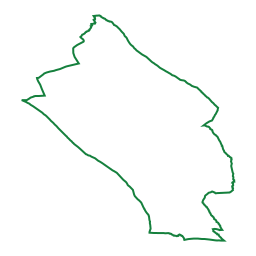 outline of Hof nor, Vestfold, Norway
{"feature_id": "86288312B12801335052403", "entity_name": "Hof nor", "entity_type": "district", "adm_level": 2, "iso_a3": "NOR", "parent_name": "Norway", "parent_adm1": "Vestfold", "projection": "equal_earth", "projection_center": [10.058, 59.556], "detail": "fine", "context": "isolated", "style": "outline", "palette": "green", "viewbox_px": 256, "rotation_deg": 0, "n_neighbors": 0, "source": "geoboundaries", "source_scale": "gbopen_adm2", "svg_char_len": 5725}
<svg xmlns="http://www.w3.org/2000/svg" viewBox="0 0 256 256"><path d="M149.5,232.7L153.9,233.0L164.0,233.1L165.2,233.3L168.2,233.1L168.8,233.1L169.4,233.6L170.0,233.5L170.3,233.8L171.3,233.9L171.7,234.5L172.7,234.8L173.5,235.6L174.5,235.5L174.9,235.8L176.0,235.8L176.9,236.2L177.5,235.9L178.4,235.9L178.5,235.7L178.3,235.3L178.7,235.1L178.9,234.8L179.5,234.5L180.9,235.1L181.4,235.9L182.3,235.9L183.8,238.0L184.1,238.7L184.2,239.7L184.3,239.9L187.7,239.2L189.0,239.0L193.7,238.6L197.9,238.6L201.9,239.0L204.5,239.0L209.2,239.5L215.0,240.3L217.0,240.5L218.8,240.4L221.2,240.6L224.0,240.6L221.6,238.6L221.3,238.3L221.2,237.9L219.3,236.2L218.8,235.3L218.6,235.1L218.6,234.7L218.2,234.7L217.8,234.4L217.5,234.4L217.4,234.1L217.1,234.1L217.0,233.6L216.3,233.4L215.1,232.5L214.6,231.9L214.2,231.8L213.3,231.2L213.4,230.2L212.9,229.2L214.6,228.9L216.4,229.1L219.2,229.8L219.4,230.1L222.2,229.9L221.9,229.5L221.7,229.4L221.3,228.5L220.7,227.6L220.2,226.4L220.3,226.0L220.2,225.8L220.0,225.6L219.6,225.3L219.5,224.7L219.1,224.1L218.6,223.9L218.4,223.1L218.2,222.8L216.5,221.9L216.6,221.5L216.5,221.2L216.3,221.0L215.8,220.0L214.2,219.1L214.2,218.5L213.9,218.2L213.7,217.4L212.4,216.3L212.3,215.9L211.9,215.8L211.2,215.2L210.9,214.7L210.8,214.1L210.4,213.6L210.3,213.1L209.6,212.5L209.4,211.3L209.1,211.2L208.6,210.2L208.6,209.8L207.3,208.0L206.9,207.1L206.1,206.8L205.8,206.2L205.2,205.7L204.5,204.8L204.2,204.7L203.6,203.9L203.5,203.4L202.5,202.6L202.5,201.9L203.2,200.0L204.8,197.6L205.0,196.1L205.4,195.5L207.6,193.8L208.6,192.8L210.7,192.3L212.1,191.5L212.9,191.9L213.3,191.9L213.9,192.3L214.6,192.4L214.9,192.8L215.6,193.3L217.3,193.1L229.7,192.5L230.3,192.0L230.7,191.9L232.9,190.1L232.7,189.7L232.9,188.9L232.7,188.6L233.0,188.3L232.4,186.5L232.2,186.5L232.3,186.0L233.0,185.7L233.2,185.2L233.0,184.1L233.1,183.4L233.0,183.1L232.3,182.8L232.7,182.3L232.7,182.2L233.2,182.0L233.9,181.7L234.3,181.7L234.2,180.9L233.6,179.9L233.8,179.8L233.2,179.2L233.4,177.4L233.3,176.8L232.9,176.3L232.9,175.6L233.3,173.7L232.7,172.6L231.2,166.0L231.8,163.5L231.5,162.9L231.0,161.2L231.3,160.7L231.3,159.6L231.5,159.4L231.2,159.0L231.5,158.2L230.5,157.3L229.9,157.1L228.8,155.9L228.0,155.9L228.0,155.4L226.3,153.9L225.9,153.3L224.7,152.3L224.2,151.7L224.0,150.7L223.4,149.8L223.0,148.9L222.4,146.4L221.9,146.0L222.1,145.6L221.5,144.8L220.1,141.5L219.3,140.5L217.4,136.6L216.6,136.1L215.7,135.0L214.5,134.4L213.3,133.0L212.7,131.9L212.3,130.8L212.4,130.5L212.2,130.1L211.9,129.8L210.3,129.1L210.3,128.5L208.9,126.9L207.9,126.5L207.2,126.6L205.1,125.6L204.4,125.3L203.7,125.4L206.5,123.2L209.5,121.4L212.0,120.5L213.3,118.3L213.4,117.6L214.2,116.7L215.0,114.9L215.7,114.1L216.8,111.9L217.2,111.3L217.3,110.8L217.7,110.2L217.7,109.3L218.1,107.8L216.4,106.3L215.7,105.5L214.7,104.8L213.4,103.2L211.9,102.0L208.9,98.5L207.8,97.6L207.1,97.4L206.3,96.5L205.6,96.0L204.8,95.2L204.5,94.7L203.6,94.1L202.8,93.1L201.5,92.2L201.5,91.7L201.0,91.2L200.4,90.8L199.9,90.2L198.5,89.0L197.2,87.6L193.9,86.7L192.7,86.2L192.0,86.0L190.2,84.6L187.5,83.3L187.1,82.9L186.2,82.3L186.1,82.0L185.0,81.0L183.9,80.5L182.5,80.3L181.8,80.2L180.5,79.9L180.1,79.8L179.4,79.1L179.2,79.1L175.6,76.5L174.0,75.7L172.2,75.2L170.6,73.9L169.3,73.2L167.3,72.0L166.1,71.4L164.2,70.2L160.8,68.3L159.8,67.7L157.5,65.7L155.8,64.6L155.1,64.2L153.9,63.2L152.5,62.4L151.6,61.7L146.4,56.9L142.1,54.5L138.2,51.6L136.5,50.4L135.3,49.0L134.4,48.4L132.9,46.3L132.1,45.8L130.6,44.5L129.4,42.9L127.9,40.5L126.7,38.0L126.1,37.2L125.3,36.6L124.6,35.8L123.8,33.8L121.6,31.6L119.6,29.1L118.8,28.4L116.7,26.3L115.0,25.3L114.1,25.0L114.1,24.9L112.4,22.6L111.8,22.0L110.8,21.6L109.7,21.6L109.5,21.3L108.4,21.2L108.1,20.9L107.8,20.9L107.4,20.5L106.6,20.3L106.6,20.2L106.3,19.9L105.7,19.6L105.2,18.9L104.5,18.5L104.2,18.6L103.2,18.1L103.1,17.9L102.5,17.7L100.6,16.4L100.6,16.0L99.2,15.4L98.0,15.6L96.9,15.6L93.6,16.0L94.5,17.4L94.8,17.5L94.8,17.9L95.0,18.1L95.1,19.1L95.0,19.3L94.1,19.5L93.6,19.8L93.7,20.0L93.8,20.3L94.8,21.3L94.7,22.2L95.2,22.5L94.7,23.0L95.1,23.4L95.0,23.6L93.9,23.7L93.4,23.7L92.2,24.0L91.8,23.9L91.2,24.0L91.2,24.3L91.5,24.6L91.6,24.9L91.9,25.2L92.1,25.5L91.9,25.7L90.9,26.1L91.2,26.5L91.2,27.0L90.9,27.5L91.0,27.7L90.0,29.0L89.6,29.3L89.6,29.8L89.0,30.1L89.2,30.4L89.1,30.6L88.7,30.7L87.8,31.2L86.5,31.5L86.4,31.6L86.4,31.8L86.3,32.0L85.7,32.2L85.2,32.6L85.0,33.1L84.7,33.4L83.3,34.3L82.2,34.7L81.9,35.3L81.3,36.2L80.4,37.0L81.5,38.2L82.9,39.2L83.5,40.0L83.8,40.9L83.7,41.4L83.5,41.7L77.2,45.0L74.0,47.3L73.2,48.3L73.3,53.0L74.6,56.9L78.8,63.5L66.9,66.3L65.6,66.7L60.1,69.0L56.0,70.1L54.0,70.8L50.2,71.5L46.6,72.5L44.2,73.5L43.4,74.3L38.9,77.7L38.4,77.9L37.0,78.0L37.2,79.0L38.2,81.3L40.2,84.7L41.8,88.9L44.7,95.6L38.9,96.0L35.4,96.0L34.7,96.2L34.2,96.2L34.1,96.4L34.0,96.5L30.6,97.6L29.1,98.7L26.8,100.1L21.7,100.1L26.1,102.0L27.6,102.9L29.4,103.7L30.6,104.8L33.0,106.2L42.3,112.7L43.9,114.3L45.5,115.3L46.5,116.2L49.8,119.5L50.9,120.8L53.3,122.9L54.7,124.5L56.5,126.1L58.4,128.3L62.7,132.6L66.0,135.9L66.8,136.5L67.5,137.6L68.3,138.2L70.5,140.5L71.5,141.2L72.8,142.8L73.3,143.0L74.1,144.0L77.9,146.9L79.6,148.4L80.5,149.2L85.5,153.8L85.9,154.2L86.5,154.3L88.3,155.4L90.0,155.7L91.3,156.6L95.1,158.3L98.1,160.7L100.0,161.7L101.9,162.9L112.6,170.4L114.0,171.1L116.8,172.8L123.3,179.8L125.7,181.8L126.4,182.5L127.5,184.4L127.6,184.8L128.3,185.6L129.6,186.5L132.9,189.9L134.1,194.5L134.8,196.1L137.7,199.3L138.9,200.2L140.8,202.1L141.3,202.7L143.6,207.7L144.3,208.7L144.3,209.1L144.6,209.3L145.2,210.6L146.1,212.0L147.2,213.5L148.2,214.5L148.5,215.0L148.7,215.4L148.6,215.7L149.0,216.5L149.4,219.8L149.7,221.0L150.0,221.5L150.0,222.1L149.8,222.9L150.3,225.3L150.3,226.2L150.4,226.5L150.6,228.9L150.3,229.4L149.5,232.0L149.5,232.7Z" fill="none" stroke="#15803d" stroke-width="2"/></svg>